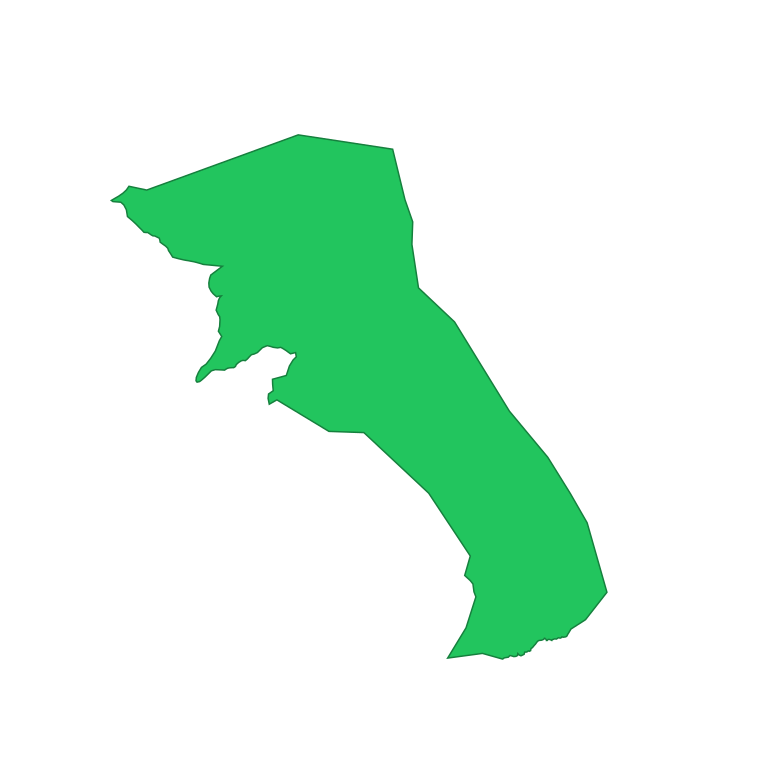 San Juan Ihualtepec, Oaxaca, Mexico (orthographic projection), rotated 143°
{"feature_id": "50627088B85005499494284", "entity_name": "San Juan Ihualtepec", "entity_type": "district", "adm_level": 2, "iso_a3": "MEX", "parent_name": "Mexico", "parent_adm1": "Oaxaca", "projection": "orthographic", "projection_center": [-98.274, 17.768], "detail": "fine", "context": "isolated", "style": "filled", "palette": "green", "viewbox_px": 768, "rotation_deg": 143, "n_neighbors": 0, "source": "geoboundaries", "source_scale": "gbopen_adm2", "svg_char_len": 2550}
<svg xmlns="http://www.w3.org/2000/svg" viewBox="0 0 768 768"><g transform="rotate(143 384 384)"><path d="M473.4,112.9L467.5,109.6L455.1,93.3L454.7,92.9L452.7,92.9L449.1,91.0L446.9,91.4L446.0,90.4L445.3,89.5L444.4,88.2L442.6,87.1L440.8,86.8L439.4,88.2L439.1,86.1L438.2,84.5L434.8,83.8L433.0,85.2L431.2,84.0L429.9,84.0L429.0,83.7L428.8,83.1L427.4,82.8L426.1,84.0L425.6,84.3L424.2,84.1L421.4,84.8L419.6,85.1L417.1,85.9L415.2,86.1L414.6,85.9L412.2,84.5L410.2,84.0L409.6,84.0L409.0,84.4L408.6,84.2L408.2,81.8L408.6,81.4L408.1,81.0L406.6,81.2L405.6,80.5L404.6,78.9L404.3,78.2L403.5,78.6L402.3,78.1L401.3,77.9L399.7,76.5L397.4,76.4L396.2,75.0L395.5,74.9L394.7,74.6L394.0,75.0L393.1,73.8L391.0,72.7L389.8,72.6L387.0,73.9L386.8,73.9L382.1,75.8L364.9,74.5L331.3,83.5L305.3,150.9L301.1,184.5L297.3,226.9L300.2,286.9L290.3,391.1L298.6,440.0L277.7,478.7L263.5,496.2L256.3,518.7L235.8,566.3L302.6,634.6L456.8,681.7L468.7,695.4L472.9,694.0L477.6,693.5L483.0,693.7L486.9,694.2L491.3,694.7L490.7,692.8L484.8,687.6L484.0,683.6L484.9,678.2L488.1,672.1L486.7,666.0L485.8,660.9L485.3,656.9L484.7,652.8L484.4,649.6L482.9,648.2L481.6,647.3L480.9,645.4L480.2,643.2L479.4,641.4L478.0,640.2L475.7,635.7L476.6,633.4L477.4,632.0L476.4,628.6L475.4,625.5L475.0,622.5L475.8,620.2L476.0,616.8L476.4,612.5L472.9,608.0L469.4,603.8L467.6,601.8L466.0,600.2L464.6,598.6L462.3,596.1L460.6,594.0L458.0,590.6L456.4,588.3L442.2,575.3L456.7,575.3L459.7,573.3L463.1,570.1L465.4,566.6L466.2,562.2L466.1,558.9L465.2,554.4L463.3,553.7L460.9,552.3L463.6,551.7L466.2,550.2L468.6,547.9L473.6,544.0L474.6,539.3L474.7,536.7L476.3,534.0L480.7,528.8L484.5,525.8L485.0,519.6L489.5,517.6L498.9,511.8L507.0,508.8L514.1,506.9L519.8,507.1L525.0,505.0L525.6,504.7L529.9,502.2L530.8,501.2L532.2,499.7L532.2,498.0L529.8,496.9L527.5,496.9L526.0,497.0L523.0,497.2L519.9,497.6L513.9,498.4L510.1,497.0L505.5,493.2L502.9,491.0L501.7,491.0L499.4,490.7L497.5,489.8L495.7,488.6L494.2,487.5L492.1,487.4L490.3,488.4L487.1,488.7L484.0,488.4L482.3,487.7L480.7,486.1L478.0,486.2L475.0,486.8L472.2,487.2L469.7,486.1L466.1,485.3L459.3,486.2L454.2,484.9L452.1,482.4L450.4,480.0L447.3,476.9L444.4,475.4L443.4,473.2L442.0,469.5L441.3,467.0L440.9,465.8L440.5,464.4L435.7,462.3L437.7,458.5L442.1,457.9L448.7,455.3L456.9,449.6L462.2,451.7L470.2,454.9L473.1,450.8L476.5,445.3L482.2,445.5L485.2,442.3L487.8,436.9L479.1,435.8L456.5,379.3L429.3,357.3L414.0,269.9L418.6,194.7L434.8,182.5L433.4,175.1L433.3,170.8L437.2,163.9L438.7,158.7L465.2,139.9L498.1,126.8L473.4,112.9Z" fill="#22c55e" stroke="#15803d" stroke-width="1.5"/></g></svg>